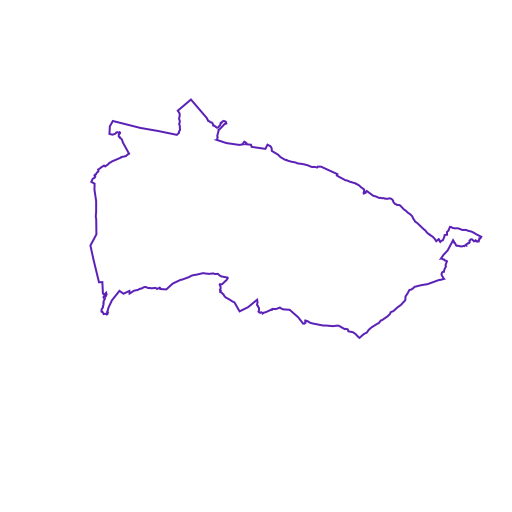 Etnedal nor, Oppland, Norway, rotated 298°
{"feature_id": "86288312B39232135925615", "entity_name": "Etnedal nor", "entity_type": "district", "adm_level": 2, "iso_a3": "NOR", "parent_name": "Norway", "parent_adm1": "Oppland", "projection": "albers", "projection_center": [9.665, 60.964], "detail": "fine", "context": "isolated", "style": "outline", "palette": "violet", "viewbox_px": 512, "rotation_deg": 298, "n_neighbors": 0, "source": "geoboundaries", "source_scale": "gbopen_adm2", "svg_char_len": 6107}
<svg xmlns="http://www.w3.org/2000/svg" viewBox="0 0 512 512"><g transform="rotate(298 256 256)"><path d="M308.0,66.2L301.8,66.1L295.0,69.3L295.7,72.3L298.0,74.4L299.6,74.7L300.4,75.8L300.2,77.2L300.7,77.6L301.2,77.6L301.1,78.1L300.3,78.3L298.9,77.8L297.1,78.7L297.0,78.9L297.0,80.0L296.4,80.4L296.4,81.4L295.8,83.0L293.7,85.2L286.7,95.9L284.9,94.8L283.3,94.3L281.9,92.9L281.3,92.0L280.0,90.5L279.4,90.5L271.7,84.3L270.1,83.5L269.6,82.9L267.3,82.3L264.3,80.8L264.3,80.2L264.6,79.8L264.5,79.4L261.3,77.5L260.7,77.4L258.1,76.0L257.4,76.8L256.5,77.1L254.9,76.3L253.1,76.4L252.3,75.7L251.4,75.5L250.9,76.0L251.1,76.5L250.9,76.7L249.4,76.8L248.2,75.9L247.1,75.6L244.1,75.8L244.1,79.5L238.6,82.3L229.4,89.1L219.8,94.2L215.8,95.9L213.2,97.8L200.2,104.9L187.5,104.9L177.1,113.7L159.1,129.7L160.8,132.6L151.1,138.4L150.7,139.8L151.9,140.6L153.2,140.9L152.0,142.1L150.0,142.3L149.9,142.2L150.1,141.1L148.1,140.6L147.0,142.2L147.4,142.5L146.3,142.8L144.6,142.6L143.8,143.2L142.9,143.2L142.6,143.7L140.8,144.4L139.9,144.3L138.9,145.0L136.5,144.7L134.3,145.7L134.3,146.2L134.6,146.7L133.2,148.8L134.0,149.7L134.3,150.4L134.3,151.4L134.8,151.3L135.0,152.0L136.1,151.9L136.1,151.3L136.5,151.2L136.8,151.5L137.2,151.1L136.9,150.8L137.1,150.7L137.4,150.9L141.2,150.0L149.2,149.6L161.1,151.8L160.5,156.7L165.7,160.6L163.5,162.0L168.1,164.6L170.7,167.7L172.6,168.9L173.3,170.0L175.8,171.7L176.8,172.9L177.1,175.7L177.5,176.8L178.1,177.6L178.4,178.9L180.7,182.3L180.4,184.1L182.9,185.9L182.6,186.6L181.9,187.0L184.4,192.5L192.5,195.4L199.7,200.7L200.3,201.7L206.1,206.9L208.0,208.0L209.3,209.3L210.6,210.8L211.2,211.8L216.1,217.4L216.8,219.6L218.3,223.2L219.2,224.3L219.6,225.3L220.5,226.2L220.7,227.6L221.2,228.9L222.3,230.6L222.3,231.2L221.8,232.6L221.7,235.0L223.6,241.0L223.2,241.5L220.3,241.2L219.5,240.7L215.6,239.5L215.1,239.2L214.2,238.1L214.3,237.5L213.6,237.4L212.2,239.2L210.5,240.1L209.3,240.0L208.9,240.3L209.1,240.8L209.0,241.0L208.1,240.9L207.4,241.3L207.4,241.7L207.7,242.2L207.2,243.8L206.8,244.5L206.9,245.2L206.0,246.4L205.2,248.5L205.1,253.8L204.8,256.1L204.9,258.8L199.4,267.5L207.2,273.1L217.9,277.5L215.9,279.1L213.3,279.8L212.8,281.2L212.2,281.5L212.1,282.0L211.4,283.1L209.9,284.0L208.1,284.3L208.1,284.7L207.7,285.4L207.9,285.8L207.8,286.4L208.7,286.9L208.9,287.4L208.8,288.0L208.3,288.9L209.6,289.5L211.1,291.1L215.0,294.1L215.6,294.9L216.1,294.8L216.3,295.5L216.9,295.5L216.9,295.8L217.6,296.4L217.9,297.5L218.9,298.9L221.7,301.3L221.5,301.8L221.6,304.9L224.3,311.0L221.7,322.0L218.4,329.4L218.9,330.4L220.0,330.9L220.1,330.7L221.2,330.8L221.5,330.6L221.7,329.9L222.2,329.8L222.7,332.3L222.4,334.3L222.9,337.3L226.1,347.8L228.1,351.8L228.4,352.7L230.3,357.1L232.6,360.3L233.3,361.9L233.1,368.7L233.8,369.4L234.3,371.4L232.9,372.9L234.2,377.4L233.9,380.3L232.4,384.8L232.3,385.8L237.6,387.8L240.5,389.8L243.8,390.2L247.2,391.5L253.4,395.1L254.3,395.9L257.7,396.5L258.4,397.3L264.5,400.5L267.7,401.5L269.6,401.3L271.9,403.2L277.0,405.0L280.8,406.9L286.8,408.5L287.7,408.3L290.5,407.0L294.2,407.4L298.0,407.4L299.5,409.1L300.5,409.3L301.2,410.0L302.6,410.2L303.4,410.7L308.0,415.8L311.7,420.7L320.9,429.0L321.6,430.2L324.1,432.8L324.5,431.7L325.2,430.8L325.7,429.8L327.0,428.3L328.8,428.0L329.8,428.5L330.2,429.3L333.1,428.6L336.0,428.6L336.6,427.9L337.5,427.5L341.0,427.1L341.1,426.3L340.7,424.4L341.2,423.5L340.8,422.3L341.0,421.2L340.5,420.5L345.0,421.0L350.9,422.6L362.5,422.6L361.6,424.1L360.9,424.5L360.7,424.9L360.8,425.7L359.2,427.8L359.2,428.2L359.6,428.7L359.6,429.2L360.2,430.3L360.1,430.8L360.5,432.0L360.9,432.6L361.2,433.5L362.2,434.4L362.6,435.0L362.6,435.3L363.5,435.6L364.0,436.2L364.0,436.7L364.8,436.2L365.2,436.3L366.2,437.2L367.2,437.3L367.8,438.2L368.5,438.2L369.8,437.3L371.7,438.0L372.1,439.0L371.3,441.6L372.9,442.5L372.4,443.1L372.7,443.5L372.4,444.1L372.8,444.6L372.8,445.0L373.3,445.3L373.2,445.5L373.4,445.8L373.8,445.6L373.9,445.2L374.6,445.5L376.4,444.9L376.8,445.8L378.7,445.9L378.6,440.3L378.8,436.7L378.7,434.8L377.9,431.5L377.5,428.9L375.9,426.1L375.3,421.3L373.8,418.6L373.1,416.6L373.2,414.8L372.8,413.6L368.5,414.0L367.2,413.4L366.5,413.5L364.5,414.7L363.2,412.9L362.9,412.7L361.3,413.3L357.6,413.6L356.4,412.5L354.9,412.1L355.4,411.0L356.6,409.9L356.7,409.4L353.7,408.2L354.9,406.0L355.9,403.3L356.2,401.3L356.1,399.9L356.6,399.4L356.4,398.0L357.3,395.0L358.1,393.5L358.3,391.8L360.8,382.9L361.1,380.3L361.8,379.3L362.6,377.6L364.4,375.3L365.3,372.5L365.5,369.8L366.3,367.1L366.5,364.9L368.3,359.5L368.1,358.2L367.3,356.8L367.5,355.5L367.2,354.5L367.8,352.7L368.6,351.4L369.3,351.1L370.0,348.9L369.8,347.2L367.7,344.4L367.6,343.7L367.0,342.4L367.1,341.7L366.4,340.5L366.0,339.6L365.9,338.8L365.1,337.5L364.8,333.4L364.3,331.9L364.3,330.5L365.4,323.3L363.7,322.7L363.3,323.1L361.8,321.8L362.4,321.3L363.9,321.1L365.5,320.3L366.0,316.6L366.8,313.4L366.7,312.4L366.9,311.4L366.6,310.4L366.9,309.8L365.7,304.4L365.4,300.7L364.9,299.7L364.9,292.1L365.1,288.7L365.3,289.4L366.5,289.4L365.4,271.5L364.0,268.7L362.9,268.5L362.2,266.0L360.9,263.8L360.7,262.8L360.3,258.5L359.0,253.7L357.2,249.0L357.2,247.2L355.8,242.8L355.1,239.3L355.1,237.9L354.9,237.9L354.6,236.2L354.8,231.3L355.6,228.5L355.8,228.2L356.2,220.7L358.6,219.1L359.7,217.3L359.7,213.9L355.0,214.0L350.3,200.9L351.9,199.4L349.9,194.5L351.0,194.8L351.2,194.6L351.4,193.4L351.4,192.0L349.1,191.7L349.0,192.1L348.5,192.2L346.2,189.0L341.8,176.8L340.1,166.9L340.4,167.2L341.8,166.5L342.7,166.5L343.8,165.4L349.2,164.1L349.6,163.7L350.8,164.4L357.8,166.3L359.0,167.6L360.2,166.7L360.4,165.6L360.1,164.9L360.2,164.2L358.8,163.1L357.6,163.1L357.4,162.6L356.6,162.3L356.0,162.7L354.3,162.9L352.9,162.3L352.2,162.4L351.5,162.1L350.9,161.3L351.1,160.5L351.0,160.1L351.4,159.3L351.2,158.2L351.4,157.8L351.2,157.0L351.6,157.0L351.8,156.4L352.8,155.3L353.1,154.2L352.7,153.3L352.9,152.0L353.1,151.7L352.9,151.1L352.9,150.1L353.4,149.8L353.8,148.8L354.4,148.3L354.9,147.3L363.6,125.1L347.6,118.7L346.0,121.6L344.2,122.7L340.9,123.7L339.6,125.2L338.8,125.7L336.2,126.3L335.6,127.3L331.7,129.7L329.8,129.6L328.6,130.2L325.8,129.2L320.4,110.8L314.8,93.8L308.0,66.2Z" fill="none" stroke="#5b21b6" stroke-width="2"/></g></svg>